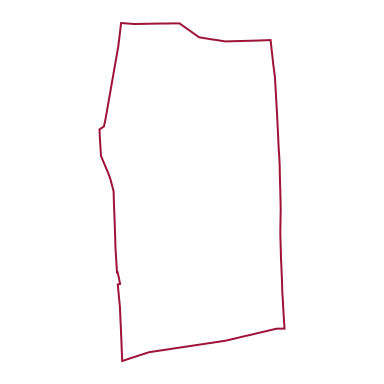 outline of Comuna 3, Ciudad de Buenos Aires, Argentina
{"feature_id": "61730980B39033896534626", "entity_name": "Comuna 3", "entity_type": "district", "adm_level": 2, "iso_a3": "ARG", "parent_name": "Argentina", "parent_adm1": "Ciudad de Buenos Aires", "projection": "equal_earth", "projection_center": [-58.402, -34.614], "detail": "fine", "context": "isolated", "style": "outline", "palette": "rose", "viewbox_px": 384, "rotation_deg": 0, "n_neighbors": 0, "source": "geoboundaries", "source_scale": "gbopen_adm2", "svg_char_len": 2039}
<svg xmlns="http://www.w3.org/2000/svg" viewBox="0 0 384 384"><path d="M270.6,40.1L269.5,40.1L259.1,40.5L256.8,40.6L256.6,40.6L247.9,40.8L241.4,41.0L237.1,41.1L225.6,41.4L225.0,41.4L224.6,41.3L215.6,39.9L211.2,39.3L206.5,38.5L205.4,38.3L203.4,38.0L199.1,37.3L195.5,34.7L195.0,34.4L190.7,31.3L187.8,29.3L186.4,28.3L185.7,27.8L179.5,23.4L177.7,23.4L176.6,23.4L171.0,23.4L168.6,23.5L162.8,23.5L151.5,23.7L150.8,23.7L147.4,23.8L146.3,23.8L140.7,23.9L133.9,24.0L121.1,23.0L119.5,36.5L118.4,45.1L118.3,46.4L118.1,47.6L115.8,60.6L114.1,70.1L112.8,77.7L111.1,87.1L110.8,88.8L110.8,89.1L109.3,97.4L107.5,107.8L105.4,119.6L105.2,120.6L103.9,126.5L99.5,129.4L99.8,136.3L100.1,141.8L101.0,156.0L104.6,164.5L108.2,173.1L109.2,175.7L110.1,178.2L111.7,184.0L113.6,191.3L114.0,205.2L114.5,217.6L115.0,232.6L115.1,234.8L115.4,246.5L115.5,248.4L116.2,259.5L117.0,272.5L117.7,272.3L120.1,283.9L117.8,284.5L118.7,294.5L119.5,302.7L119.7,304.7L119.9,306.5L120.5,320.7L120.7,324.3L120.8,326.1L121.0,332.0L121.5,342.9L121.7,348.9L122.2,361.0L123.8,360.5L128.5,358.9L129.7,358.5L132.1,357.7L135.9,356.5L137.2,356.1L138.6,355.6L139.5,355.3L140.7,354.9L149.1,352.2L161.8,350.3L163.7,350.0L170.5,349.0L172.0,348.7L187.1,346.5L196.2,345.1L205.2,343.8L206.3,343.6L208.3,343.3L215.7,342.2L217.1,342.0L226.0,340.6L226.6,340.5L227.3,340.3L239.6,337.4L240.1,337.3L240.6,337.1L251.6,334.6L259.9,332.6L268.5,330.6L275.6,328.9L276.7,328.7L284.5,328.6L284.4,326.4L284.1,322.1L283.9,318.9L283.2,307.4L282.7,297.6L282.4,294.5L282.3,291.6L282.3,289.9L282.2,288.6L282.0,281.4L281.5,269.1L281.0,258.4L280.9,255.1L280.6,243.5L280.3,233.6L280.5,220.2L280.7,209.3L280.7,207.9L280.6,205.9L280.6,202.5L280.5,199.7L280.5,197.4L280.4,197.1L280.3,190.9L280.2,188.3L279.9,177.9L279.9,176.2L279.8,174.0L279.7,165.8L279.6,164.0L279.5,161.7L279.1,154.2L278.9,151.9L278.3,140.9L278.3,139.7L277.7,127.3L277.6,125.9L277.1,114.8L277.0,113.3L276.4,102.9L276.3,101.2L275.7,90.2L274.9,76.9L273.5,66.0L273.3,64.7L272.1,53.7L271.9,52.3L270.6,40.1Z" fill="none" stroke="#9f1239" stroke-width="2"/></svg>